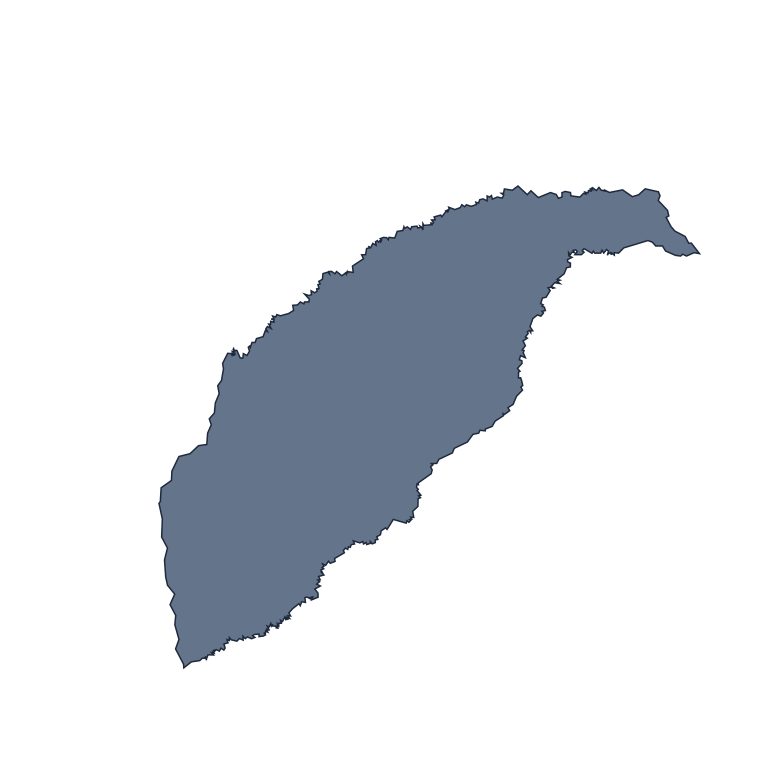 Paz De Ariporo, Casanare, Colombia (Natural Earth projection), rotated 141°
{"feature_id": "7082276B32488030547396", "entity_name": "Paz De Ariporo", "entity_type": "district", "adm_level": 2, "iso_a3": "COL", "parent_name": "Colombia", "parent_adm1": "Casanare", "projection": "natural_earth1", "projection_center": [-71.123, 5.772], "detail": "fine", "context": "isolated", "style": "filled", "palette": "slate", "viewbox_px": 768, "rotation_deg": 141, "n_neighbors": 0, "source": "geoboundaries", "source_scale": "gbopen_adm2", "svg_char_len": 6136}
<svg xmlns="http://www.w3.org/2000/svg" viewBox="0 0 768 768"><g transform="rotate(141 384 384)"><path d="M701.3,285.0L697.6,285.2L695.1,282.9L695.7,281.0L694.5,282.8L694.9,284.9L693.7,282.8L691.2,284.3L687.0,280.7L687.1,283.7L685.5,281.7L685.2,284.0L683.7,284.1L684.6,282.7L681.6,283.2L680.0,280.0L677.0,281.3L675.9,278.0L673.6,278.8L672.0,282.7L668.1,281.0L666.9,284.1L665.6,282.1L663.8,284.2L663.7,281.3L660.1,276.7L656.6,277.2L654.6,273.6L652.4,276.7L652.0,273.4L649.4,273.4L647.2,269.4L643.8,268.3L644.5,271.1L642.5,271.0L638.5,268.3L640.1,266.3L636.4,264.1L634.1,263.6L633.9,266.5L633.5,264.4L631.6,266.4L630.5,264.4L630.1,267.0L629.0,267.9L629.8,266.1L628.0,265.2L627.1,269.3L626.2,267.5L622.7,269.1L623.9,266.8L621.7,267.5L623.1,266.2L620.0,263.5L621.3,262.4L620.0,261.0L617.8,264.7L617.8,262.5L616.4,264.2L614.3,262.7L613.1,265.4L612.4,263.3L607.6,265.3L608.6,262.6L606.6,261.8L606.9,264.7L604.9,261.4L604.6,264.5L602.6,262.5L602.0,266.0L596.3,266.9L588.3,266.8L588.6,264.4L585.0,266.6L582.5,263.7L580.0,267.7L577.9,267.0L576.2,262.8L576.0,264.6L573.4,263.4L576.1,261.8L569.4,259.8L566.9,263.0L566.8,268.2L560.6,267.1L562.3,270.9L558.4,270.9L558.8,273.3L556.8,272.0L556.0,275.6L550.9,273.4L551.2,278.3L550.5,276.5L549.9,279.2L547.2,278.4L547.6,280.3L545.5,280.1L544.9,282.7L543.5,279.8L538.7,281.2L538.6,278.5L533.7,276.9L532.2,279.5L521.0,277.8L520.3,280.2L517.2,280.7L516.3,278.3L514.0,279.9L513.0,278.3L510.5,279.8L507.6,278.2L506.6,281.4L502.7,275.7L499.6,274.9L500.6,272.6L497.7,272.1L498.5,270.1L494.8,268.7L493.8,270.0L493.8,267.2L490.6,266.2L488.9,268.3L486.6,267.1L485.7,269.9L481.6,269.1L478.6,271.7L473.3,271.2L473.1,269.1L462.0,272.9L454.3,261.9L452.2,263.4L451.7,260.9L449.1,261.2L449.4,262.5L447.4,261.5L447.1,263.7L444.8,261.6L441.8,267.0L434.7,267.5L429.6,273.5L427.2,272.7L427.4,275.4L425.3,274.4L425.4,280.3L423.6,280.6L423.8,283.1L421.5,285.4L420.6,284.1L419.8,285.6L403.8,284.6L400.6,286.9L400.0,290.3L397.0,290.4L397.2,292.2L393.0,289.1L388.7,290.9L374.2,287.4L369.9,289.8L355.7,286.4L346.6,288.9L341.3,286.2L338.6,287.7L334.8,283.9L333.6,285.2L326.6,283.0L321.0,285.2L311.0,284.2L310.1,286.1L309.3,284.5L303.1,284.2L302.6,287.6L296.5,286.9L288.7,291.1L280.2,292.1L279.6,295.5L277.2,295.5L275.1,299.6L273.9,302.9L275.7,304.1L271.9,308.6L270.3,308.3L270.5,312.1L263.7,313.2L262.2,315.4L263.6,317.7L260.1,320.1L257.6,315.5L256.1,320.7L254.1,321.9L255.2,323.5L250.0,324.8L248.8,330.0L243.8,329.4L244.5,331.6L240.1,332.6L239.7,334.4L237.4,334.3L237.6,331.7L236.6,333.0L234.9,331.8L234.5,336.6L227.1,341.2L221.3,341.1L219.4,338.0L215.4,338.8L215.4,341.1L212.4,339.5L211.0,342.8L212.3,344.9L210.5,345.3L211.6,347.9L206.7,351.1L203.5,349.4L196.1,352.0L195.9,355.5L193.0,353.9L192.7,352.2L191.2,351.5L192.7,354.6L187.6,355.3L184.1,351.4L184.9,354.9L181.9,353.9L183.5,356.3L174.6,356.3L168.9,359.5L165.5,357.7L163.0,360.7L164.4,363.3L163.1,365.2L158.2,364.1L159.7,367.3L157.9,369.8L158.1,367.2L154.8,368.2L153.3,366.2L152.9,368.8L150.6,367.6L150.4,365.3L154.3,364.4L149.2,360.3L145.6,360.5L146.1,362.8L143.3,363.3L140.1,354.7L137.7,355.5L137.9,353.1L133.2,349.3L130.4,350.8L130.8,347.5L126.4,348.4L125.9,346.0L129.4,343.5L126.7,344.5L125.3,341.1L125.0,343.9L123.9,339.2L122.4,341.2L119.4,338.1L112.0,338.9L88.6,329.4L86.2,325.4L86.0,320.3L80.7,316.0L81.5,310.2L76.5,300.5L73.0,296.8L70.1,296.8L68.4,293.1L60.4,290.9L56.8,286.8L56.5,300.1L58.6,301.6L57.1,309.1L61.7,319.7L61.9,325.7L59.9,335.9L56.9,335.4L54.4,340.5L55.4,354.0L51.0,356.6L49.8,360.7L58.2,371.3L67.1,370.8L73.1,373.3L76.4,384.7L88.3,391.0L90.9,396.7L91.0,395.2L93.2,397.9L93.2,401.5L97.2,400.7L98.4,405.4L99.9,405.6L99.8,403.9L101.3,405.5L101.7,403.7L103.4,405.6L105.2,404.1L107.1,406.7L107.6,404.6L108.9,406.6L114.1,406.0L120.3,412.5L118.6,415.5L122.1,419.7L125.3,420.7L128.0,417.3L131.6,418.6L130.9,422.9L134.1,428.0L146.8,431.8L148.2,441.7L153.5,441.0L155.3,453.6L162.3,453.8L167.7,459.8L171.1,457.0L172.8,458.3L172.0,455.5L175.1,454.1L178.3,458.0L183.5,459.5L181.9,462.8L184.3,462.9L185.5,465.2L188.6,461.5L190.5,465.5L193.6,467.0L196.6,465.1L198.2,467.5L199.1,465.3L204.3,467.1L207.2,471.4L209.7,471.0L210.7,474.3L213.7,473.1L219.1,474.9L222.5,480.7L223.4,478.7L225.9,479.4L224.9,478.3L226.2,477.5L227.2,479.2L233.8,477.5L233.6,479.6L239.9,482.3L240.9,479.4L243.8,481.5L243.9,478.3L245.5,478.0L246.3,480.2L246.6,477.7L253.1,482.1L252.8,484.2L256.7,479.2L256.1,482.7L256.6,484.0L256.9,482.7L259.6,484.0L259.0,485.9L263.5,488.8L266.1,487.4L267.0,491.5L270.1,492.1L269.6,493.6L272.7,491.4L277.7,494.3L283.8,490.7L287.8,494.8L289.9,493.4L289.8,496.0L292.1,498.2L295.4,499.3L295.1,497.5L297.0,496.5L296.6,498.0L298.9,497.5L298.9,499.6L301.1,499.9L302.8,496.8L304.2,500.3L308.8,498.3L309.4,501.0L309.4,498.9L312.3,500.2L316.9,496.1L320.1,498.5L321.1,494.2L334.3,495.5L337.7,490.1L341.4,494.0L342.7,493.0L342.1,494.3L344.1,493.1L343.6,494.5L348.6,494.6L350.1,501.3L352.7,500.5L353.9,504.5L356.1,506.1L357.1,503.9L357.3,506.3L361.9,508.2L366.0,504.1L370.1,504.8L370.6,502.0L372.8,502.8L374.5,499.0L376.4,500.3L377.6,498.2L380.5,498.6L382.0,502.3L384.1,499.1L386.7,500.0L389.1,503.8L388.7,496.9L390.7,495.1L394.2,497.8L395.8,496.7L397.4,500.4L401.5,499.9L405.4,502.6L407.9,498.1L413.8,498.8L421.6,502.2L423.7,505.4L425.9,504.2L427.8,506.9L428.5,503.9L430.8,505.5L429.3,503.2L430.6,501.3L432.6,504.0L434.8,501.7L435.9,503.1L436.8,498.2L438.4,502.0L440.9,501.4L441.6,498.2L442.4,500.3L448.2,496.9L454.5,499.5L458.1,497.4L460.4,499.4L464.8,496.6L464.5,498.0L466.3,498.0L467.9,494.1L472.5,492.4L474.2,496.1L477.4,493.0L479.4,494.7L477.2,502.6L479.3,504.7L478.6,506.2L479.4,505.9L479.7,503.3L481.3,504.8L480.8,500.2L482.3,502.7L482.4,500.9L484.1,501.5L483.5,503.7L486.2,506.2L496.4,501.6L499.2,496.8L508.1,489.0L514.3,487.3L518.2,480.2L526.9,475.5L534.1,468.2L541.7,466.9L543.9,461.0L552.0,456.8L559.8,448.5L566.9,452.8L578.6,451.9L589.0,456.7L603.6,449.8L609.9,442.8L622.5,443.6L631.8,433.4L634.0,432.9L641.2,418.6L653.1,405.0L655.5,392.8L665.3,385.4L675.1,371.4L678.9,363.8L678.9,352.4L689.1,347.2L691.5,335.2L698.0,328.6L704.1,314.5L712.7,309.3L716.1,292.4L718.2,289.4L708.5,289.3L701.3,285.0Z" fill="#64748b" stroke="#1e293b" stroke-width="1.5"/></g></svg>